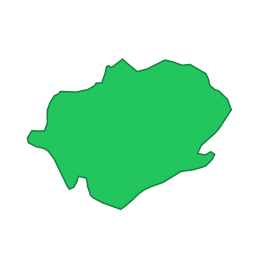 Sirs Al-Layyana City, Al Minufiyah, Egypt, rotated 288°
{"feature_id": "37247803B52946313788554", "entity_name": "Sirs Al-Layyana City", "entity_type": "district", "adm_level": 2, "iso_a3": "EGY", "parent_name": "Egypt", "parent_adm1": "Al Minufiyah", "projection": "robinson", "projection_center": [30.97, 30.445], "detail": "fine", "context": "isolated", "style": "filled", "palette": "green", "viewbox_px": 256, "rotation_deg": 288, "n_neighbors": 0, "source": "geoboundaries", "source_scale": "gbopen_adm2", "svg_char_len": 1143}
<svg xmlns="http://www.w3.org/2000/svg" viewBox="0 0 256 256"><g transform="rotate(288 128 128)"><path d="M181.2,90.1L179.5,88.7L172.7,89.4L162.6,89.1L161.0,83.9L157.7,83.0L151.9,77.7L149.5,73.3L146.3,68.0L141.8,52.3L139.2,51.5L135.9,48.0L127.5,46.0L119.9,45.8L112.2,48.2L107.9,49.8L99.5,49.5L97.9,45.2L95.6,37.4L87.2,35.4L83.2,38.0L81.8,46.5L82.5,51.6L82.4,55.1L81.4,59.4L75.3,67.8L69.2,73.6L63.9,78.7L58.7,83.7L55.2,87.0L53.5,88.7L51.7,91.2L55.0,94.8L60.1,95.8L66.8,95.9L67.4,103.7L64.8,105.4L59.7,107.8L55.4,111.1L52.8,112.8L51.0,116.1L50.0,121.3L49.0,127.3L48.4,146.2L53.4,149.8L60.9,154.3L69.2,158.8L74.1,162.4L79.1,167.7L87.2,178.2L94.6,184.5L102.9,191.6L108.5,202.9L112.5,209.0L115.7,213.4L117.4,214.3L120.7,216.2L124.9,218.0L127.4,218.1L129.6,218.7L130.0,217.6L131.0,214.1L126.1,209.7L125.4,202.0L133.9,203.0L149.6,212.1L155.5,214.8L177.3,220.6L182.5,216.4L185.9,213.9L191.3,202.9L191.4,198.6L193.3,193.5L195.0,191.9L199.3,189.4L203.7,185.2L207.6,167.3L204.4,160.3L204.6,154.0L204.7,150.9L204.1,142.3L190.2,128.1L184.5,119.4L189.1,107.5L191.8,101.6L180.2,93.5L181.2,90.1Z" fill="#22c55e" stroke="#15803d" stroke-width="1.5"/></g></svg>